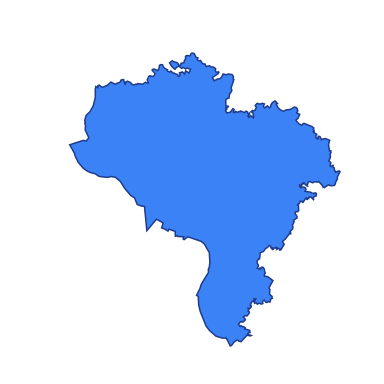 outline of Rajshahi, Rajshahi, Bangladesh, rotated 21°
{"feature_id": "16705992B51815672792645", "entity_name": "Rajshahi", "entity_type": "district", "adm_level": 2, "iso_a3": "BGD", "parent_name": "Bangladesh", "parent_adm1": "Rajshahi", "projection": "mercator", "projection_center": [88.705, 24.415], "detail": "fine", "context": "isolated", "style": "filled", "palette": "blue", "viewbox_px": 384, "rotation_deg": 21, "n_neighbors": 0, "source": "geoboundaries", "source_scale": "gbopen_adm2", "svg_char_len": 5943}
<svg xmlns="http://www.w3.org/2000/svg" viewBox="0 0 384 384"><g transform="rotate(21 192 192)"><path d="M282.9,322.0L283.9,321.2L284.9,317.3L287.0,314.2L287.8,313.9L289.1,314.4L291.4,314.2L294.7,306.0L298.1,305.4L298.7,304.7L295.3,305.0L294.8,304.0L296.5,302.4L295.6,301.8L295.9,301.0L295.4,300.5L290.3,300.9L290.5,299.8L288.7,299.3L287.5,299.6L285.6,299.2L285.1,300.2L282.8,298.8L283.7,295.8L284.5,295.8L284.9,295.1L286.1,295.2L287.5,292.9L287.5,291.7L284.8,290.4L285.5,288.8L287.9,287.8L288.9,284.1L288.2,283.2L286.8,283.0L287.3,281.5L286.1,280.5L287.8,279.9L288.4,278.5L288.3,277.1L287.1,276.9L287.0,274.6L287.3,272.7L288.1,272.3L288.8,270.1L288.2,269.4L289.9,269.0L289.4,272.4L290.4,273.5L291.4,272.5L293.2,273.3L294.5,271.7L296.7,271.9L298.1,270.8L297.2,269.1L297.4,267.9L298.2,267.1L300.5,268.5L301.5,268.3L302.8,266.8L304.2,266.9L304.0,263.3L305.1,262.5L304.0,260.7L301.0,259.6L299.7,255.1L298.2,253.9L299.3,245.7L293.1,243.9L289.7,244.6L289.2,243.1L289.5,241.4L289.0,241.3L287.1,238.0L285.1,236.8L283.9,237.3L284.2,238.1L282.6,238.8L283.1,239.8L280.2,239.6L280.5,236.9L278.2,234.9L277.5,233.1L278.2,230.6L279.1,230.3L277.5,224.2L280.0,222.0L280.9,218.4L282.3,216.8L283.3,214.3L285.0,214.5L285.3,215.4L286.1,216.0L286.7,215.6L287.6,216.9L288.3,216.4L287.5,215.5L290.1,214.4L290.4,213.5L291.3,214.3L291.6,214.0L291.7,215.1L292.8,213.8L294.3,214.0L295.1,213.5L295.0,214.6L295.7,214.2L296.8,207.8L294.4,206.0L294.4,205.3L296.0,202.6L297.7,196.5L299.2,195.6L298.4,194.3L297.5,194.3L299.2,190.4L298.7,188.2L297.7,187.2L298.0,183.1L297.1,181.7L299.3,178.8L298.8,177.2L295.6,174.8L296.3,172.8L297.7,172.6L298.3,171.2L296.4,166.8L295.3,166.5L295.4,165.6L296.3,164.6L296.4,161.7L298.3,161.3L298.8,162.1L299.5,161.6L300.4,156.8L301.2,156.6L301.8,157.7L302.3,157.7L302.7,156.4L303.3,156.2L303.0,155.0L304.5,153.9L308.2,155.6L308.2,155.1L307.1,154.2L308.1,151.9L309.3,151.2L308.7,149.0L307.6,148.5L305.2,150.1L302.8,149.7L297.3,150.9L297.5,148.6L296.0,147.2L293.8,147.6L292.1,149.0L290.4,148.1L290.9,147.5L290.2,146.9L291.4,146.7L291.5,146.2L292.1,146.8L291.7,144.7L292.3,144.5L293.3,142.7L293.2,144.4L294.2,144.0L297.4,145.2L297.8,145.0L297.2,144.4L296.9,140.9L298.7,140.0L301.3,140.2L302.8,138.5L305.9,137.7L306.4,136.8L311.6,139.3L312.1,140.3L314.0,140.5L316.8,136.4L318.5,136.6L320.9,135.8L322.6,134.7L322.9,133.6L322.6,131.3L323.1,127.7L322.3,125.8L322.9,120.0L321.6,119.6L318.9,122.1L318.5,121.2L317.2,120.8L316.3,118.7L314.3,117.8L314.3,116.6L313.5,117.0L312.8,118.5L311.4,117.9L311.2,114.9L308.6,113.9L308.8,110.7L308.5,109.1L307.5,107.6L307.6,105.2L306.8,103.8L305.6,104.4L303.4,100.4L302.4,98.6L302.0,94.4L297.2,94.3L294.6,96.1L294.3,96.8L291.6,94.4L289.9,94.7L290.8,97.3L290.2,97.6L289.5,97.0L288.2,96.9L287.5,94.6L287.7,93.4L284.0,92.7L283.5,92.2L284.3,91.6L283.9,90.6L282.8,90.0L282.8,88.7L280.5,87.9L272.1,87.8L271.4,88.1L270.7,90.2L267.8,90.2L263.5,88.0L263.4,87.3L264.5,85.4L264.7,80.9L261.3,80.5L261.7,78.4L260.1,76.3L258.7,75.8L257.2,76.0L254.4,79.5L250.2,81.8L249.0,83.4L247.8,83.9L245.4,83.7L242.4,82.7L239.1,79.7L240.0,78.7L236.9,77.1L235.0,79.7L234.4,82.3L234.9,84.2L234.0,85.6L231.4,84.5L229.9,87.3L229.2,87.2L228.0,86.6L228.0,83.8L225.7,84.0L224.7,85.1L222.8,85.9L221.3,85.8L220.8,86.4L220.0,88.7L221.8,89.9L221.5,92.9L220.8,94.0L219.1,94.3L218.3,95.9L221.2,96.6L221.5,98.5L222.7,99.4L222.6,100.8L219.4,99.7L218.4,102.0L216.9,100.9L217.9,99.0L217.4,97.7L216.8,98.8L215.8,98.5L215.2,97.4L213.5,97.1L212.4,99.1L208.5,98.9L208.2,99.8L207.2,99.9L205.9,101.3L203.8,101.2L203.2,102.6L202.0,102.6L201.7,99.8L200.4,99.5L199.1,103.8L196.3,105.6L193.9,103.8L194.9,102.1L193.8,102.1L193.2,101.1L195.2,99.7L195.3,99.0L192.7,99.3L190.4,93.8L191.8,91.6L192.9,91.0L191.9,86.7L192.5,85.7L192.8,82.8L191.2,80.9L190.8,72.0L190.1,71.8L189.2,69.3L187.3,68.0L183.9,68.7L181.8,70.3L178.7,70.7L178.6,73.5L177.7,76.0L175.2,77.5L172.8,80.2L170.0,77.9L174.1,71.9L174.3,71.0L174.0,70.5L173.5,70.3L171.8,71.6L169.9,70.0L170.1,68.7L168.5,67.9L166.6,67.7L165.5,68.5L163.2,67.8L160.2,69.8L158.3,67.8L156.0,68.5L152.8,66.1L151.3,67.1L149.9,66.8L149.5,66.6L149.5,64.7L147.6,64.8L144.4,62.0L143.0,62.0L141.6,62.8L141.3,65.7L138.6,66.3L137.5,67.2L137.4,68.1L138.2,69.4L137.8,72.2L138.2,74.2L135.6,75.9L136.1,76.5L135.5,78.1L134.4,78.4L132.4,76.8L130.2,76.6L128.6,77.1L126.6,76.5L124.8,79.5L128.0,82.0L131.6,83.5L132.4,83.1L132.7,81.6L134.5,79.2L138.1,80.3L138.8,79.0L142.0,79.3L143.1,78.1L146.6,77.9L146.5,82.0L142.7,81.1L142.7,84.4L140.1,83.3L137.6,85.2L138.8,86.5L138.7,88.6L137.3,88.7L136.6,87.4L134.6,87.7L132.8,87.4L132.1,87.9L128.9,86.6L128.4,88.0L125.9,88.0L125.2,87.5L125.4,86.7L122.0,86.3L119.8,84.9L119.0,83.8L117.0,84.3L116.2,85.6L116.9,88.1L116.4,91.1L112.6,90.7L111.0,91.9L111.2,92.6L115.0,94.7L115.0,96.6L114.2,98.2L111.3,98.5L110.5,99.0L110.2,99.9L110.0,103.4L111.9,105.3L112.0,106.1L109.1,106.3L107.2,109.1L102.4,110.3L101.9,111.4L100.9,111.4L99.3,113.1L96.2,112.7L95.6,111.8L91.9,111.7L91.0,112.9L91.1,115.3L90.3,115.1L90.5,113.4L89.0,113.4L88.0,111.6L87.4,111.7L85.7,112.8L85.5,115.3L82.8,117.5L81.7,119.0L76.9,118.4L75.0,122.3L71.3,126.1L69.3,126.2L67.1,125.4L66.0,126.5L66.7,128.3L64.4,128.0L64.9,130.8L67.8,138.3L68.9,146.8L68.0,153.5L65.7,158.4L66.2,163.8L67.3,164.9L67.3,166.3L68.7,168.0L70.0,172.3L76.2,178.3L74.9,182.5L72.1,182.7L60.9,191.7L68.4,198.0L70.2,200.5L75.2,205.1L81.8,208.7L86.4,210.0L90.1,210.2L95.4,209.7L99.0,210.7L101.2,210.4L108.0,208.6L110.8,206.6L115.0,205.7L121.3,207.8L128.2,212.9L135.8,217.1L140.6,218.2L145.3,223.3L149.4,223.3L152.8,222.5L163.7,244.3L168.6,230.1L176.2,231.2L176.5,236.4L179.4,236.3L183.6,237.1L183.8,235.0L190.4,234.8L192.3,239.3L194.0,238.1L194.6,238.6L200.3,236.8L200.6,239.1L201.7,239.3L204.2,235.3L218.0,234.8L222.0,236.0L229.9,242.4L234.0,251.6L235.1,256.2L234.9,258.2L236.2,261.2L233.7,274.7L234.0,279.3L233.3,286.9L235.2,287.1L238.7,295.0L242.5,300.6L253.2,312.1L258.0,315.0L266.0,318.0L272.9,317.5L276.3,316.0L282.9,322.0Z" fill="#3b82f6" stroke="#1e3a8a" stroke-width="1.5"/></g></svg>